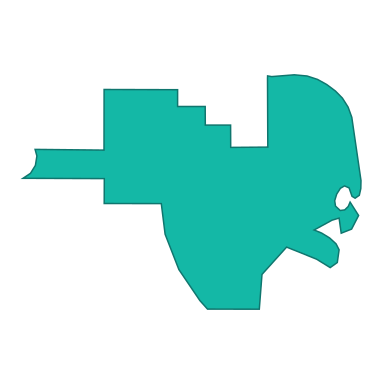 an SVG outline of Al Khawr
{"feature_id": "QAT-1105", "entity_name": "Al Khawr", "entity_type": "Municipality", "adm_level": 1, "iso_a3": "QAT", "parent_name": "Qatar", "parent_adm1": "", "projection": "orthographic", "projection_center": [51.407, 25.752], "detail": "fine", "context": "isolated", "style": "filled", "palette": "teal", "viewbox_px": 384, "rotation_deg": 0, "n_neighbors": 0, "source": "natural_earth", "source_scale": "10m", "svg_char_len": 883}
<svg xmlns="http://www.w3.org/2000/svg" viewBox="0 0 384 384"><path d="M267.6,75.9L271.7,76.6L294.3,74.8L307.1,76.0L317.5,79.4L326.7,84.5L335.4,91.0L342.4,98.1L348.1,107.1L351.8,117.3L361.0,180.6L360.8,188.6L359.3,195.3L355.1,198.2L352.0,196.3L349.1,187.9L344.5,185.9L340.4,188.3L336.7,194.1L334.7,200.7L335.5,206.1L340.2,210.5L344.7,209.9L348.2,206.5L350.1,202.1L358.6,215.5L351.6,229.1L341.2,233.2L339.1,218.1L332.0,220.2L314.1,230.0L321.7,233.1L329.7,238.0L336.1,243.9L339.1,249.8L337.3,262.5L330.2,267.6L316.6,259.2L286.6,247.1L262.0,274.4L259.3,309.2L207.5,309.1L199.9,300.6L178.9,269.6L165.1,234.2L161.3,203.6L104.2,203.5L104.3,178.6L23.0,178.3L30.5,173.3L35.4,165.4L36.9,156.0L35.1,149.4L104.0,150.1L104.1,89.5L177.6,89.7L177.6,106.5L205.2,106.5L205.3,125.1L230.6,125.1L230.7,147.4L267.8,147.1L267.5,78.2L267.6,75.9Z" fill="#14b8a6" stroke="#0f766e" stroke-width="1.5"/></svg>